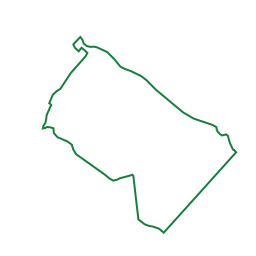 Omusati, Natural Earth projection, rotated 132°
{"feature_id": "NAM-3350", "entity_name": "Omusati", "entity_type": "Region", "adm_level": 1, "iso_a3": "NAM", "parent_name": "Namibia", "parent_adm1": "", "projection": "natural_earth1", "projection_center": [14.875, -18.403], "detail": "fine", "context": "isolated", "style": "outline", "palette": "green", "viewbox_px": 256, "rotation_deg": 132, "n_neighbors": 0, "source": "natural_earth", "source_scale": "10m", "svg_char_len": 1146}
<svg xmlns="http://www.w3.org/2000/svg" viewBox="0 0 256 256"><g transform="rotate(132 128 128)"><path d="M79.2,31.4L99.9,31.4L120.6,31.4L141.4,31.4L162.1,31.4L181.9,31.4L182.1,37.7L184.5,43.4L186.5,46.6L187.3,48.3L188.4,51.3L189.0,59.1L160.0,92.0L159.8,93.5L161.3,94.2L170.6,100.3L174.1,101.7L177.1,104.0L178.0,108.6L178.1,113.5L182.2,149.0L180.6,154.3L178.0,158.6L178.5,163.9L182.0,174.1L181.4,179.7L178.1,183.2L179.5,186.2L181.4,188.8L183.5,189.6L185.3,191.0L182.6,192.4L179.5,192.8L176.2,194.7L173.1,196.9L170.2,198.0L167.3,198.8L164.8,199.8L162.3,200.4L162.2,201.7L162.3,203.1L153.7,206.1L148.9,205.7L143.9,204.5L125.3,207.3L103.1,207.5L99.4,208.4L99.2,212.1L99.5,216.2L104.0,216.0L103.9,221.1L102.4,224.6L92.3,224.3L93.1,220.3L94.0,219.0L94.9,217.5L94.6,213.2L92.7,210.0L90.5,207.9L88.9,205.3L85.5,194.2L86.0,184.4L87.5,174.6L86.0,169.3L83.8,164.1L80.6,152.7L80.1,146.1L80.9,132.7L79.5,97.2L77.1,85.6L69.3,67.5L68.2,63.0L69.7,61.1L70.5,59.6L70.8,57.8L71.0,55.3L70.6,53.1L67.2,50.9L67.0,48.4L68.6,46.1L71.2,41.8L71.9,39.9L73.4,36.6L73.8,35.0L73.3,34.3L73.6,33.4L73.6,31.4L79.2,31.4Z" fill="none" stroke="#15803d" stroke-width="2"/></g></svg>